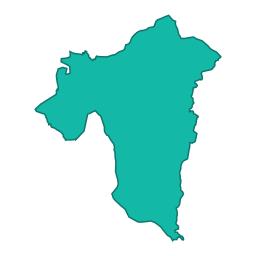 outline of Mariga, Niger, Nigeria
{"feature_id": "59680162B84198311358077", "entity_name": "Mariga", "entity_type": "district", "adm_level": 2, "iso_a3": "NGA", "parent_name": "Nigeria", "parent_adm1": "Niger", "projection": "robinson", "projection_center": [5.889, 10.619], "detail": "fine", "context": "isolated", "style": "filled", "palette": "teal", "viewbox_px": 256, "rotation_deg": 0, "n_neighbors": 0, "source": "geoboundaries", "source_scale": "gbopen_adm2", "svg_char_len": 5543}
<svg xmlns="http://www.w3.org/2000/svg" viewBox="0 0 256 256"><path d="M70.0,51.6L70.3,54.6L70.0,57.0L66.1,58.2L61.4,58.6L61.1,61.7L69.1,65.8L69.8,66.6L70.1,73.2L66.4,74.4L65.6,73.8L66.9,68.5L62.7,67.4L58.3,68.9L57.9,70.0L56.9,73.3L56.4,74.9L56.6,77.9L57.3,83.0L57.9,85.2L58.3,87.7L58.0,89.5L57.6,89.1L57.3,89.0L57.1,89.3L56.9,89.9L56.4,90.6L56.4,91.2L56.4,91.3L56.4,92.1L56.3,94.3L40.8,104.1L35.2,109.3L36.4,111.3L37.8,111.8L40.7,112.9L43.9,113.8L45.6,115.4L45.8,117.1L46.8,118.6L47.6,122.0L48.7,123.2L48.7,124.7L49.6,124.4L50.9,124.2L51.0,126.3L51.8,127.4L52.7,127.2L53.5,127.9L54.3,127.9L55.6,128.6L56.2,129.4L57.7,130.2L61.1,132.2L62.5,134.1L63.3,134.8L63.3,136.6L64.1,137.5L64.3,138.2L65.6,139.2L65.4,139.9L65.7,140.2L67.7,139.8L68.7,139.7L69.9,140.0L74.3,139.6L75.1,139.2L75.6,139.9L84.0,131.0L87.7,114.0L89.7,113.4L93.6,111.4L95.2,110.7L97.6,113.2L98.7,114.6L100.5,115.7L101.9,119.2L104.4,126.9L104.4,129.7L104.6,131.6L106.6,135.0L108.0,135.3L110.6,139.6L113.8,144.2L114.6,147.6L114.0,149.8L115.0,152.1L115.1,156.7L115.9,161.8L115.7,169.1L115.5,171.2L117.9,180.3L118.2,184.6L117.1,187.4L111.9,193.8L113.4,198.2L115.6,200.8L121.7,206.4L125.1,209.2L129.0,217.0L137.9,221.9L141.1,222.1L147.0,221.5L150.8,220.9L155.2,222.7L160.8,226.9L163.2,230.1L167.7,235.5L169.6,236.5L171.2,238.0L172.6,240.6L173.7,239.6L176.8,239.6L177.4,237.9L179.2,236.8L180.6,237.8L182.1,239.6L183.1,240.0L183.6,239.3L183.2,237.7L182.2,236.4L180.5,235.8L178.2,233.7L177.2,232.2L175.3,232.2L174.7,230.9L174.9,230.3L175.8,230.0L176.4,229.6L177.2,229.3L178.1,229.2L178.5,228.8L178.4,227.9L178.5,227.4L178.4,226.2L177.4,225.2L176.3,224.4L175.9,222.5L176.8,220.8L176.6,217.3L177.3,215.0L177.0,211.2L176.1,208.1L178.4,206.6L179.6,204.3L180.3,198.9L181.5,197.0L182.5,195.9L183.4,193.9L182.8,192.1L180.9,190.4L180.6,187.3L180.1,185.3L180.6,183.3L180.9,180.4L180.1,178.1L180.3,176.1L179.6,173.4L179.9,171.3L180.7,169.2L180.9,166.2L181.3,164.2L182.5,161.9L184.1,160.6L187.5,158.8L189.4,147.9L189.6,147.3L189.7,146.5L189.8,146.0L189.8,144.6L189.8,143.9L189.7,143.2L189.6,142.9L190.1,142.7L190.7,142.6L190.8,142.8L191.7,143.0L192.1,143.1L192.4,143.1L193.0,142.6L193.4,142.4L193.8,142.3L193.9,142.2L194.4,142.1L195.2,141.2L195.3,141.0L195.4,140.7L195.5,140.3L195.4,139.7L195.6,139.4L195.7,139.0L196.0,138.2L196.0,137.9L196.2,136.4L196.9,133.9L196.8,133.5L196.5,133.2L195.8,132.6L194.5,131.9L193.9,131.4L193.5,130.7L193.4,130.4L193.7,129.8L193.7,129.3L194.1,128.1L194.4,127.0L194.5,126.4L194.6,126.0L194.7,125.7L194.9,125.5L195.0,125.3L195.0,125.2L195.4,125.1L195.6,125.0L195.8,124.8L195.6,124.2L195.7,123.9L196.0,122.9L196.3,122.4L196.3,121.6L196.4,120.9L196.3,120.5L196.3,120.0L196.6,119.6L196.8,119.4L196.7,118.1L196.8,118.0L198.0,117.3L198.2,116.8L197.8,115.9L197.5,115.6L197.2,115.5L196.9,115.6L196.7,115.6L196.4,115.4L195.9,114.6L195.4,114.3L195.1,114.3L194.0,114.0L193.8,113.8L193.3,113.0L193.4,112.8L193.6,112.6L193.5,111.9L192.9,111.2L192.1,110.9L191.4,111.1L190.8,111.1L190.6,111.0L190.2,111.7L189.9,111.7L189.6,111.7L189.5,110.9L189.8,110.2L189.7,109.4L189.7,109.1L190.0,108.8L190.8,108.4L191.1,108.3L191.4,108.0L191.7,107.5L192.1,107.0L192.2,106.6L192.1,106.1L192.1,105.6L192.3,105.3L192.7,104.7L192.9,103.9L193.4,103.5L193.8,103.0L193.8,102.5L193.3,101.7L192.9,101.3L192.8,101.0L192.9,99.5L193.1,98.9L192.9,98.4L192.4,97.9L191.7,97.3L191.5,97.0L191.2,96.4L191.1,96.0L191.3,95.7L191.8,95.4L192.0,94.8L192.2,94.2L192.4,93.5L192.6,92.9L192.7,92.2L192.8,91.5L192.8,90.8L193.2,90.1L193.2,89.7L193.1,89.0L193.0,88.4L193.1,87.9L193.3,87.8L194.8,87.7L195.3,87.3L195.6,86.9L195.9,86.9L196.2,87.1L196.5,86.9L196.9,86.1L197.2,85.7L197.3,85.5L196.8,84.6L196.5,84.2L196.3,83.8L195.8,83.7L194.8,83.3L194.7,83.0L194.9,82.7L194.9,81.5L196.3,80.8L196.6,80.7L197.6,80.5L198.0,80.2L198.6,80.0L199.2,79.8L199.6,79.4L200.5,79.5L201.0,79.9L201.3,79.9L201.7,79.7L202.1,79.2L202.3,78.4L202.2,77.9L202.0,77.3L202.0,77.2L202.3,76.7L201.2,73.3L202.4,71.6L210.5,69.8L212.0,69.2L214.4,66.4L214.8,65.7L214.9,64.7L214.6,63.4L214.7,62.9L214.8,62.7L215.1,62.5L215.2,62.2L215.6,60.9L215.8,60.8L216.4,60.9L216.7,60.7L217.0,60.4L217.5,60.2L218.0,60.3L218.1,60.2L218.3,59.6L218.6,58.8L218.9,58.6L219.4,58.3L219.8,58.0L219.9,57.6L220.1,57.3L220.3,57.2L220.5,57.2L220.8,56.9L220.8,56.6L216.4,52.0L213.1,50.4L210.3,48.7L208.1,46.0L202.1,40.8L195.7,38.6L194.4,37.4L193.1,37.1L190.1,37.5L186.8,38.1L184.6,38.4L181.1,38.5L179.9,36.0L178.6,34.2L178.3,32.4L177.5,28.9L175.7,25.4L175.3,23.0L175.6,21.3L173.8,20.5L172.8,20.2L168.7,15.4L164.9,16.8L161.4,18.4L157.4,19.9L155.9,21.5L154.2,26.3L153.3,26.9L148.9,27.7L146.6,29.4L143.1,30.5L141.3,30.5L138.3,31.7L136.7,32.7L133.6,35.7L132.2,37.3L131.1,39.5L130.4,41.6L128.9,43.7L128.2,44.1L125.8,44.8L125.4,46.1L124.9,48.4L123.8,50.0L122.4,50.7L119.2,51.8L117.0,53.3L115.0,54.7L112.3,55.1L107.1,56.9L102.3,56.8L97.8,56.5L96.6,56.1L96.4,56.3L96.4,56.5L96.1,56.8L96.0,57.1L96.1,57.4L96.0,57.7L95.9,57.8L95.7,57.8L95.6,58.0L95.5,58.3L95.3,58.5L95.4,58.9L95.4,59.2L95.2,59.4L94.7,59.5L94.5,59.4L94.1,59.1L93.4,59.5L93.4,59.8L93.2,60.1L92.8,60.5L92.7,60.5L92.5,60.2L92.2,60.2L91.9,59.7L91.7,59.4L91.0,59.3L90.8,59.2L90.6,58.9L90.2,58.2L90.1,57.9L89.9,57.9L89.8,58.0L89.7,58.1L89.4,57.8L89.2,57.7L89.0,57.4L88.7,55.5L88.1,54.3L87.2,53.6L86.9,53.1L86.8,52.6L86.7,51.9L86.5,51.6L86.1,51.7L85.9,51.5L85.9,51.3L85.2,51.0L84.8,51.7L84.4,52.4L84.4,53.3L84.3,53.6L84.1,53.6L83.9,53.4L83.6,53.1L83.4,52.8L83.1,52.7L82.8,52.8L82.7,53.0L82.7,53.5L82.8,54.1L82.6,54.7L81.7,54.5L80.2,54.2L78.4,54.0L75.8,53.7L73.0,53.1L70.0,51.6Z" fill="#14b8a6" stroke="#0f766e" stroke-width="1.5"/></svg>